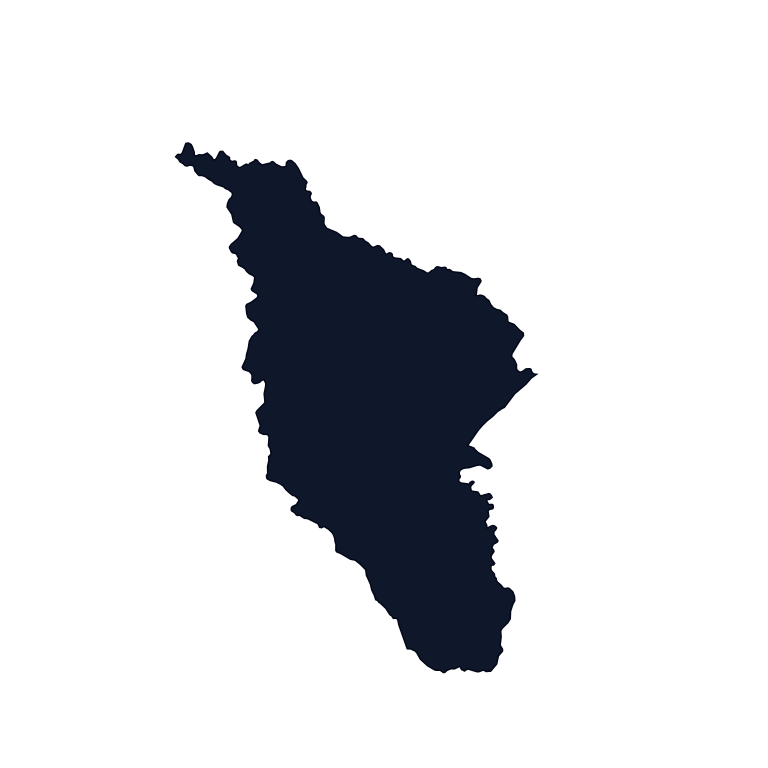 Nacaroa, Nampula, Mozambique, rotated 243°
{"feature_id": "85939544B80156310814638", "entity_name": "Nacaroa", "entity_type": "district", "adm_level": 2, "iso_a3": "MOZ", "parent_name": "Mozambique", "parent_adm1": "Nampula", "projection": "robinson", "projection_center": [39.936, -14.362], "detail": "fine", "context": "isolated", "style": "filled", "palette": "ink", "viewbox_px": 768, "rotation_deg": 243, "n_neighbors": 0, "source": "geoboundaries", "source_scale": "gbopen_adm2", "svg_char_len": 6151}
<svg xmlns="http://www.w3.org/2000/svg" viewBox="0 0 768 768"><g transform="rotate(243 384 384)"><path d="M79.7,348.7L83.3,357.2L89.8,362.5L92.1,368.2L93.8,369.2L98.5,368.9L105.4,373.5L111.1,375.9L112.7,378.4L115.2,386.2L117.5,389.9L124.1,393.6L129.2,398.7L131.5,402.1L135.6,403.9L140.4,404.4L145.1,402.7L146.0,401.7L146.8,398.9L147.9,397.7L151.7,396.9L156.2,395.1L158.0,395.0L159.7,395.7L162.1,395.1L164.6,396.1L169.1,394.9L171.0,395.4L173.3,396.7L173.7,397.8L173.0,399.4L173.9,401.2L179.8,400.3L181.4,400.9L182.8,402.3L184.8,405.9L186.1,406.2L188.9,405.8L189.9,406.5L191.5,408.8L191.7,413.1L192.5,414.3L200.1,413.5L202.4,414.8L204.1,418.5L205.1,419.0L206.9,418.3L208.3,417.0L208.8,415.2L208.7,411.0L209.2,410.4L211.6,411.4L214.7,411.4L216.0,412.1L218.3,417.2L223.5,419.0L224.2,420.0L224.3,421.6L223.5,424.1L224.1,425.2L226.5,426.2L227.5,425.8L229.2,422.5L232.5,422.4L233.9,422.8L234.1,423.9L233.2,425.7L233.8,428.8L235.1,429.0L237.7,428.6L238.7,427.7L240.4,419.1L245.1,418.6L248.5,413.8L249.8,413.3L252.9,414.3L253.9,415.5L255.2,419.2L255.7,419.7L256.7,419.3L257.3,418.3L257.2,416.0L255.9,413.9L257.1,413.1L260.7,407.8L262.2,406.7L264.2,406.7L265.2,407.3L266.3,409.5L267.2,410.2L269.2,410.0L271.0,410.8L272.5,412.4L272.9,415.1L272.5,417.6L270.8,421.9L269.3,430.2L268.1,433.1L261.3,438.0L261.0,440.0L261.7,442.5L262.3,443.1L264.2,443.7L268.1,443.9L269.8,443.5L280.5,436.6L284.6,435.2L285.9,435.2L291.2,430.5L300.1,447.1L302.3,452.4L304.3,458.6L305.9,466.2L307.9,472.4L308.6,478.0L308.5,480.6L316.0,496.0L319.4,510.2L322.5,518.0L323.4,524.3L324.8,522.2L326.1,521.5L328.4,521.2L330.4,521.6L331.4,520.9L333.0,517.3L332.3,513.4L332.5,511.1L333.8,509.7L336.2,508.9L337.7,509.0L340.9,510.8L344.3,511.1L346.8,511.0L350.3,510.0L352.9,511.8L361.2,525.2L363.7,530.2L366.2,531.2L370.4,529.2L378.1,526.9L382.5,522.9L384.1,522.9L387.6,524.5L389.6,524.6L393.6,522.2L396.9,521.0L399.5,517.9L402.4,516.0L406.4,515.1L410.9,515.3L413.6,513.8L416.3,513.1L417.8,512.1L419.6,510.0L420.0,507.6L421.4,506.0L422.4,507.2L427.7,510.7L431.2,516.6L431.8,517.2L433.9,517.3L435.2,516.1L436.7,511.8L438.4,509.5L444.7,505.9L448.3,503.1L452.8,496.1L456.2,494.4L457.1,491.9L459.3,492.0L460.2,491.5L461.7,487.6L463.8,485.5L464.4,484.1L464.1,482.5L463.1,480.8L463.4,478.0L462.6,474.5L463.0,472.8L466.8,470.6L472.1,465.8L474.7,465.0L476.6,462.9L478.7,462.4L481.4,463.1L484.0,462.6L484.7,462.1L484.8,461.2L484.1,458.2L484.4,457.1L488.1,455.7L491.4,450.7L492.5,449.8L494.0,449.5L495.9,450.2L497.2,449.9L498.5,448.3L498.5,445.0L499.3,444.3L503.8,444.5L509.1,442.6L510.3,440.7L510.4,437.0L510.9,436.1L512.6,435.0L516.9,433.9L519.6,432.1L523.1,431.0L525.2,427.5L526.2,426.8L529.0,426.1L529.8,424.9L530.0,420.8L530.6,418.8L533.6,414.1L540.6,410.5L548.7,403.6L552.7,403.1L554.4,403.3L559.5,406.2L560.9,406.2L564.2,404.7L565.8,404.7L570.8,406.4L575.5,406.6L576.9,406.1L577.9,403.6L580.0,402.3L583.6,402.7L585.3,403.8L586.6,405.5L587.8,405.7L589.3,405.2L591.0,402.5L592.9,402.1L594.6,403.0L595.2,403.9L597.1,404.7L598.5,406.8L599.8,406.9L604.5,405.3L614.7,405.5L620.5,404.8L624.4,403.3L625.7,402.2L626.3,400.6L626.3,399.3L625.4,397.5L622.6,395.8L622.5,394.4L623.8,391.3L628.9,387.4L631.8,386.4L632.8,385.6L633.0,384.3L632.2,382.5L632.8,382.0L634.5,374.8L637.6,373.2L641.2,372.5L642.4,371.0L641.5,369.5L641.5,364.4L640.5,362.7L640.7,362.0L641.9,361.7L642.5,360.9L642.1,354.3L642.8,352.8L645.5,351.8L649.1,353.2L649.8,353.0L650.7,351.9L651.0,350.0L652.3,348.7L653.7,348.2L656.1,349.1L659.6,347.0L664.4,345.9L665.4,344.2L665.4,343.0L660.9,336.9L660.6,334.9L660.9,334.0L662.3,333.5L664.1,333.6L670.0,331.4L670.2,327.4L670.7,325.7L672.3,323.3L672.3,320.7L673.2,319.2L674.7,319.1L676.6,320.1L682.0,320.9L684.9,320.9L687.6,319.1L688.3,316.6L681.5,309.3L680.6,306.7L681.9,305.3L682.1,304.0L681.0,301.5L677.7,302.9L674.7,303.1L671.8,304.9L668.8,306.0L667.7,307.4L667.1,310.6L665.3,312.9L663.8,313.2L659.6,312.3L654.5,313.5L653.6,314.1L652.6,316.3L650.0,318.9L646.4,320.6L642.7,323.0L639.9,323.9L637.8,325.4L632.5,330.6L630.0,331.6L628.1,333.4L623.7,335.5L622.5,335.4L620.6,334.2L619.3,332.3L618.6,329.8L615.8,326.5L612.9,324.5L604.4,325.5L596.3,323.4L589.9,326.9L587.0,327.8L584.8,327.6L579.9,320.0L577.7,311.1L576.2,308.5L575.3,308.1L571.1,308.1L569.7,308.6L567.8,310.9L566.4,311.6L563.7,311.4L562.5,311.9L561.6,311.6L561.2,310.4L559.7,309.1L555.8,308.5L552.3,311.1L549.2,312.6L547.0,312.7L543.7,313.9L539.8,316.7L537.8,317.3L533.0,314.0L528.9,308.9L526.8,309.0L522.0,311.9L520.7,312.1L519.1,311.2L518.3,309.8L517.1,302.9L517.2,297.8L516.2,296.4L509.4,293.8L505.3,293.0L501.4,294.5L497.9,297.0L498.1,296.6L489.5,297.5L487.9,295.2L487.8,292.0L486.7,290.0L486.3,288.1L483.3,283.5L477.2,279.1L472.5,274.8L469.1,272.5L463.5,265.4L461.6,265.2L460.4,265.7L456.3,269.7L453.7,270.4L451.4,270.4L446.9,267.7L445.1,267.7L443.2,268.7L442.2,272.1L442.1,274.2L442.8,276.7L442.6,278.4L442.0,278.9L438.8,279.1L436.1,277.8L429.7,272.8L421.4,269.5L417.9,258.9L416.6,256.9L403.1,254.9L399.0,251.0L396.7,251.4L394.0,253.6L392.2,256.8L391.3,257.5L388.7,257.4L381.5,253.0L378.0,253.2L373.7,252.0L372.9,251.3L371.5,248.6L371.7,248.3L368.1,246.7L363.5,242.9L357.2,239.8L355.6,237.6L353.4,236.8L352.3,237.0L349.7,238.8L345.3,243.8L341.7,246.4L338.9,247.9L334.7,248.6L328.7,250.8L326.3,252.0L324.7,253.8L320.6,255.5L319.2,255.5L318.4,254.7L316.3,251.2L316.4,246.9L316.0,245.6L314.3,244.3L312.9,244.1L309.8,246.0L307.3,246.4L306.3,247.0L305.4,249.2L300.6,252.0L298.6,255.0L290.2,261.2L289.2,261.8L285.5,261.6L284.3,263.1L284.4,265.2L284.0,266.1L279.7,268.7L275.2,270.3L272.5,270.5L268.7,270.0L265.9,268.9L263.0,268.4L257.4,265.5L255.7,265.8L252.8,268.4L243.1,274.6L240.2,278.3L234.3,281.0L226.8,283.4L221.5,281.5L211.9,281.1L205.9,279.6L200.1,279.5L195.6,278.7L194.2,279.9L191.4,280.5L190.6,281.2L183.2,283.8L175.9,284.5L174.0,285.6L171.0,285.9L169.9,288.3L168.2,289.4L162.4,287.8L137.5,284.5L135.9,287.5L131.9,290.6L129.8,291.2L122.1,291.5L113.0,295.0L106.1,299.5L105.1,300.8L103.5,304.1L99.8,306.0L99.5,308.0L100.2,309.6L100.1,313.9L98.2,317.7L98.1,322.4L97.5,323.5L94.4,323.5L91.7,325.5L92.1,327.4L91.8,329.6L85.6,336.0L84.6,337.8L84.0,342.8L81.5,344.4L79.7,348.7Z" fill="#0f172a" stroke="#020617" stroke-width="1.5"/></g></svg>